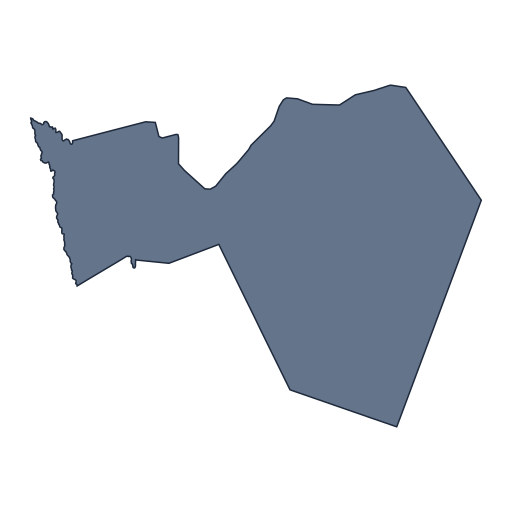 Mongu, Western, Zambia (Equal Earth projection)
{"feature_id": "96606910B8342530541372", "entity_name": "Mongu", "entity_type": "district", "adm_level": 2, "iso_a3": "ZMB", "parent_name": "Zambia", "parent_adm1": "Western", "projection": "equal_earth", "projection_center": [23.028, -15.443], "detail": "fine", "context": "isolated", "style": "filled", "palette": "slate", "viewbox_px": 512, "rotation_deg": 0, "n_neighbors": 0, "source": "geoboundaries", "source_scale": "gbopen_adm2", "svg_char_len": 5530}
<svg xmlns="http://www.w3.org/2000/svg" viewBox="0 0 512 512"><path d="M77.1,286.0L87.2,279.9L119.6,260.6L124.8,257.4L126.2,256.5L127.3,256.2L128.1,256.4L128.2,256.5L128.3,256.4L128.9,256.3L129.7,256.3L130.3,256.6L130.9,257.4L131.2,258.2L131.4,258.8L131.4,259.3L131.4,259.7L131.4,259.8L131.2,260.6L131.1,261.2L131.2,262.0L131.4,262.5L131.4,263.0L131.4,263.4L131.9,263.8L132.3,264.1L132.5,264.4L132.5,264.7L132.7,265.2L132.7,265.6L132.8,266.3L132.9,266.8L133.1,267.5L133.5,267.8L133.9,267.9L134.3,268.0L134.7,267.8L134.9,267.6L135.2,267.1L135.4,266.3L135.5,265.4L135.5,264.6L135.4,263.8L135.5,263.2L135.5,262.4L135.6,261.7L135.6,261.1L135.5,260.5L135.5,260.1L135.6,259.7L136.9,260.1L137.9,260.2L168.9,263.3L218.8,244.4L246.6,301.2L253.6,315.4L261.0,330.7L284.2,378.0L290.0,389.8L294.8,391.5L370.6,417.8L396.7,426.8L396.8,426.6L400.1,417.9L427.5,344.5L449.8,284.6L474.6,218.2L481.3,200.2L427.9,120.5L410.4,94.3L405.8,87.5L405.6,87.4L400.8,86.7L391.2,85.2L390.7,85.2L390.2,85.2L387.6,86.0L384.5,87.0L382.3,87.8L380.1,88.4L375.5,90.0L373.1,90.7L369.0,91.6L363.1,93.0L361.8,93.3L355.8,94.7L355.3,94.9L354.7,95.2L353.3,96.1L348.7,99.1L342.0,103.4L339.5,105.0L334.6,104.9L312.5,104.3L297.5,98.8L286.5,97.9L283.4,99.8L279.2,106.4L274.1,121.2L270.5,126.0L263.1,133.3L251.1,145.2L248.7,149.5L239.3,160.7L236.8,163.6L225.7,173.8L215.7,186.2L210.2,189.2L204.8,188.8L184.6,170.6L179.2,164.6L178.5,163.8L178.6,137.6L177.9,134.6L176.1,134.4L162.3,138.0L158.9,136.5L156.1,125.5L155.3,122.4L150.8,122.1L145.6,121.8L114.7,129.8L73.2,140.6L72.6,140.8L72.6,141.4L72.7,142.3L72.5,143.0L72.3,143.8L71.7,144.2L70.8,144.1L70.2,143.3L69.6,141.6L69.0,140.6L68.3,139.7L67.8,139.4L67.2,139.5L66.8,139.2L66.5,139.0L66.0,139.3L65.0,139.9L64.4,140.2L63.9,140.8L63.2,140.9L62.6,140.4L62.3,139.7L62.0,138.8L62.1,137.6L62.1,136.3L62.1,135.5L62.0,134.6L61.3,133.5L60.8,132.9L60.2,132.0L59.7,131.4L59.4,131.2L58.6,131.5L57.5,132.2L56.7,132.4L56.1,132.5L55.8,132.2L55.8,131.6L55.9,130.4L55.8,129.3L55.3,128.2L54.4,128.3L53.7,128.8L53.2,129.1L52.8,129.0L52.7,128.4L52.7,128.1L52.7,127.4L52.5,127.1L52.2,126.9L51.9,127.0L51.4,127.3L51.0,127.0L50.4,126.8L49.7,126.8L49.3,126.5L49.2,125.6L48.7,124.4L48.3,123.6L47.6,122.7L47.0,122.0L46.4,121.6L45.6,121.5L44.7,121.7L43.9,122.4L43.7,122.9L43.7,123.3L43.8,123.5L43.4,124.0L43.0,124.4L42.1,124.7L41.3,124.1L40.9,123.8L40.5,123.5L39.9,123.2L39.6,123.2L39.2,123.3L38.5,123.1L37.8,122.8L37.5,122.4L36.8,121.9L36.0,121.5L35.6,121.2L34.9,120.9L34.2,120.7L33.6,120.2L33.4,119.8L32.8,118.9L32.1,118.5L31.5,118.3L30.7,118.1L30.7,118.4L30.8,119.3L31.2,119.7L31.2,120.1L31.4,120.5L31.7,121.4L31.4,122.0L31.0,122.3L31.0,123.6L31.4,122.7L31.4,123.5L31.5,123.9L31.6,124.1L31.6,124.5L31.8,124.6L32.2,125.3L32.4,126.3L32.5,126.8L32.5,127.1L32.8,128.0L33.0,128.2L33.3,128.3L33.8,128.7L33.8,128.8L34.4,129.2L34.7,129.9L34.9,130.9L34.9,133.0L34.8,133.4L34.9,133.6L35.0,134.2L35.0,134.3L35.3,134.7L35.5,135.0L35.5,135.8L35.1,136.0L34.9,137.7L35.4,139.2L35.5,139.7L35.6,140.7L35.7,141.7L36.5,142.4L37.0,142.7L37.1,143.1L37.6,143.6L38.2,145.9L38.5,146.3L38.9,146.9L39.3,147.2L39.6,147.2L39.7,147.7L40.1,148.4L40.3,149.2L40.3,149.4L40.9,150.6L41.4,150.8L41.9,151.5L42.1,152.5L42.1,152.9L42.0,153.1L41.7,153.3L41.6,153.8L41.5,154.5L41.1,155.2L40.9,155.7L41.0,156.8L41.3,157.5L41.4,157.8L41.4,158.3L41.3,158.5L40.9,158.7L40.5,159.5L40.9,160.5L41.7,160.8L42.3,160.9L43.1,162.3L45.1,163.1L45.4,163.1L45.8,163.0L46.5,163.0L47.2,162.5L48.4,162.0L48.9,162.6L49.1,164.3L49.4,164.7L49.9,166.1L49.7,167.0L49.9,167.9L50.0,168.1L50.5,168.5L50.6,170.2L50.9,171.2L51.8,171.0L52.0,170.8L52.8,170.0L54.0,170.7L54.9,171.3L55.0,172.3L54.6,173.0L54.6,174.0L54.7,175.4L53.8,176.6L53.1,177.0L52.9,177.5L52.9,178.1L53.0,178.5L53.4,178.6L53.8,179.0L54.1,180.5L54.1,182.1L54.0,182.7L53.8,183.3L53.6,184.4L53.6,185.3L54.0,186.2L54.0,187.9L53.8,188.5L53.6,188.9L53.8,189.7L54.0,189.9L54.0,190.8L53.6,192.0L53.6,192.5L53.7,192.8L53.6,194.0L53.1,194.4L52.5,195.0L52.5,195.4L52.6,196.5L52.8,197.4L53.2,197.8L53.6,198.1L54.0,198.4L54.2,198.7L55.0,199.4L55.5,200.5L56.0,200.9L56.3,201.2L56.7,201.9L56.7,202.6L56.6,203.3L56.2,204.3L55.7,205.0L55.7,205.6L55.5,207.6L55.5,208.3L55.7,208.7L55.7,209.6L55.8,210.4L55.8,210.6L56.3,211.7L56.9,212.4L57.2,212.8L57.3,212.9L57.6,213.6L57.6,214.1L57.5,214.7L57.2,215.1L56.6,216.7L56.6,218.2L57.1,218.8L57.3,219.3L57.6,219.7L57.9,219.8L58.0,220.2L57.9,221.2L57.8,221.7L57.8,222.1L58.0,222.4L58.5,223.4L58.6,223.5L58.7,224.1L59.0,224.2L59.2,224.8L59.2,225.0L59.6,225.8L59.8,226.7L59.9,227.0L60.6,227.5L60.8,227.5L61.4,227.7L61.8,228.1L61.9,229.4L61.9,229.7L61.8,230.7L61.8,232.7L62.1,233.6L62.7,233.9L63.2,233.8L64.0,234.0L64.2,234.9L63.9,235.7L63.9,237.4L64.1,238.9L63.9,239.4L63.9,240.1L64.3,240.8L64.7,243.0L64.7,243.9L64.6,244.2L64.6,244.6L64.8,244.8L64.9,245.6L64.4,246.6L64.0,247.4L63.9,248.2L63.9,249.4L64.1,249.6L64.3,250.1L64.8,250.7L65.2,251.1L65.6,251.5L66.0,251.8L66.4,252.6L67.0,254.3L67.3,255.0L67.6,255.3L68.2,255.9L68.6,256.5L69.2,257.1L69.9,258.5L70.2,259.9L70.2,261.5L70.7,262.7L71.1,263.1L71.8,263.7L71.7,264.0L71.0,265.1L71.0,266.2L70.9,266.9L70.9,267.1L71.0,267.2L71.0,267.6L71.5,268.9L71.5,270.1L71.9,270.5L72.3,270.9L72.3,271.2L72.1,271.7L71.9,272.5L71.9,273.9L72.4,274.6L72.5,274.6L72.6,275.2L72.7,275.8L72.7,276.3L72.7,276.7L72.6,277.1L72.6,278.1L72.9,278.5L73.4,278.7L74.1,279.2L74.9,279.6L75.6,280.0L76.0,280.4L76.1,280.8L76.1,281.4L76.1,282.1L75.9,282.6L75.7,282.9L75.7,283.3L75.8,283.7L76.0,283.9L76.2,284.1L76.7,284.3L77.0,284.9L77.0,285.5L77.1,286.0Z" fill="#64748b" stroke="#1e293b" stroke-width="1.5"/></svg>